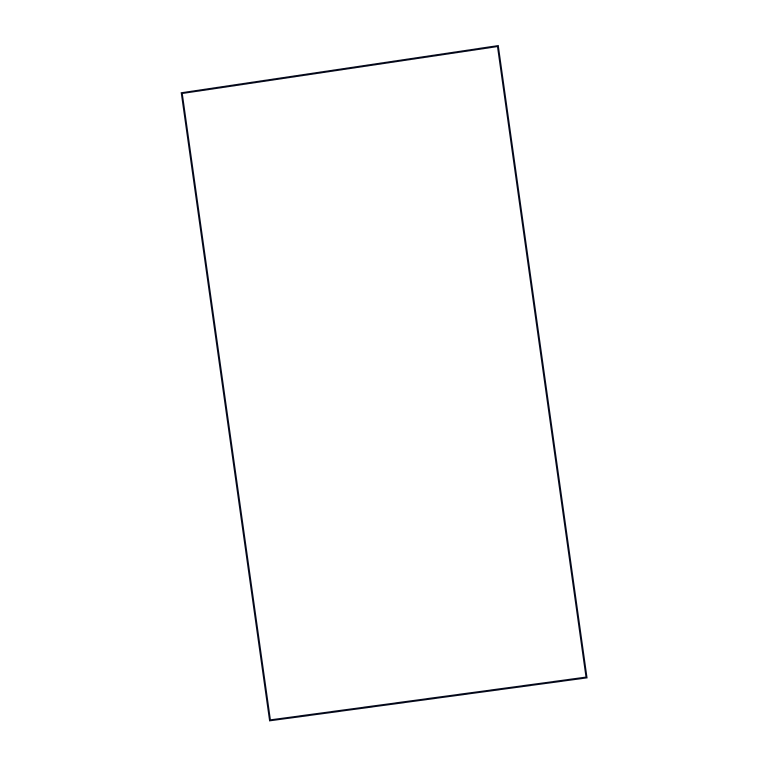 outline of Foster, North Dakota, United States of America, rotated 262°
{"feature_id": "52423323B95198922462079", "entity_name": "Foster", "entity_type": "district", "adm_level": 2, "iso_a3": "USA", "parent_name": "United States of America", "parent_adm1": "North Dakota", "projection": "orthographic", "projection_center": [-98.96, 47.457], "detail": "fine", "context": "isolated", "style": "outline", "palette": "ink", "viewbox_px": 768, "rotation_deg": 262, "n_neighbors": 0, "source": "geoboundaries", "source_scale": "gbopen_adm2", "svg_char_len": 223}
<svg xmlns="http://www.w3.org/2000/svg" viewBox="0 0 768 768"><g transform="rotate(262 384 384)"><path d="M65.2,543.7L702.8,543.8L700.2,224.2L66.8,224.3L65.2,543.7Z" fill="none" stroke="#020617" stroke-width="2"/></g></svg>